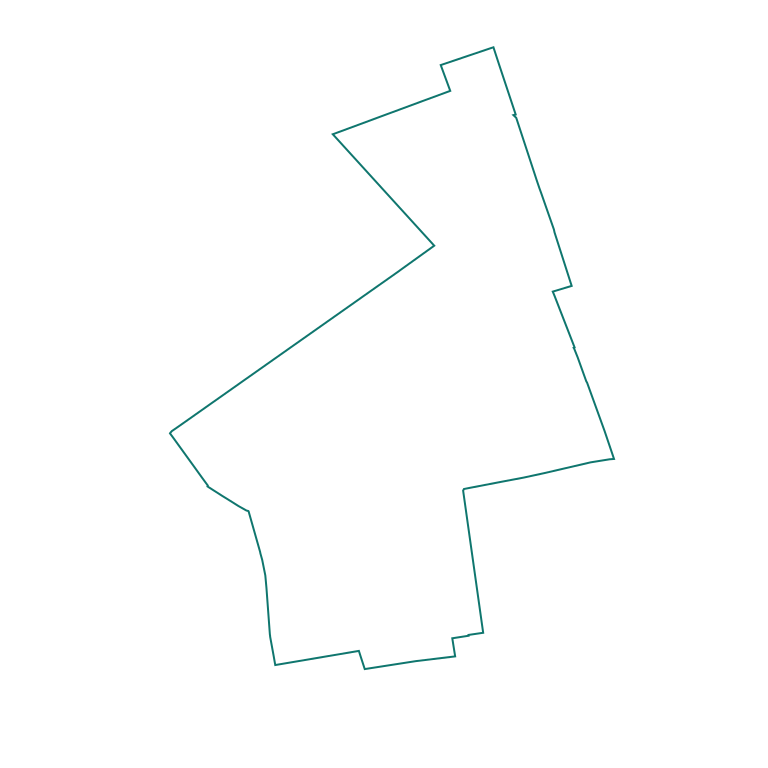 the district of Visina, Olt, Romania, rotated 160°
{"feature_id": "2599482B5784370948640", "entity_name": "Visina", "entity_type": "district", "adm_level": 2, "iso_a3": "ROU", "parent_name": "Romania", "parent_adm1": "Olt", "projection": "orthographic", "projection_center": [24.468, 43.858], "detail": "fine", "context": "isolated", "style": "outline", "palette": "teal", "viewbox_px": 768, "rotation_deg": 160, "n_neighbors": 0, "source": "geoboundaries", "source_scale": "gbopen_adm2", "svg_char_len": 1258}
<svg xmlns="http://www.w3.org/2000/svg" viewBox="0 0 768 768"><g transform="rotate(160 384 384)"><path d="M601.3,411.3L602.0,410.8L600.8,406.8L590.1,369.1L587.2,358.8L584.3,348.8L584.9,348.1L574.3,334.2L571.6,330.8L562.5,319.1L556.6,312.2L554.9,311.0L554.8,310.5L556.3,289.8L557.8,269.2L557.8,268.9L558.1,267.0L558.6,260.4L561.0,244.7L564.2,232.6L576.9,187.7L577.0,187.1L577.1,186.7L577.2,186.1L577.4,185.6L580.8,165.6L582.0,158.9L582.3,157.1L573.6,155.5L498.9,141.8L499.1,136.9L499.6,122.7L448.9,112.7L410.3,103.7L406.8,121.7L390.6,118.5L390.4,119.3L375.9,116.3L346.1,256.8L344.7,258.0L307.4,252.0L284.9,248.3L263.6,245.4L216.6,239.7L202.0,236.9L197.8,236.1L193.5,234.9L193.4,238.5L192.8,264.4L192.7,315.9L193.0,317.2L193.0,318.5L192.9,342.8L193.2,352.4L193.4,353.1L192.4,353.2L193.6,408.5L193.8,413.1L174.1,412.0L172.4,455.4L171.9,468.2L171.5,471.0L171.2,494.5L171.0,509.7L171.0,510.6L171.0,513.5L171.0,514.9L170.9,519.9L170.8,524.0L170.6,529.7L168.7,588.9L170.4,592.4L168.1,592.2L167.3,620.3L166.6,644.8L166.4,651.0L166.1,660.0L166.0,663.0L191.4,663.6L221.6,664.3L221.5,636.8L250.7,636.7L346.7,636.2L289.5,496.8L330.0,485.4L330.9,485.1L553.5,424.7L585.9,415.9L596.0,413.2L599.5,412.3L601.3,411.3Z" fill="none" stroke="#0f766e" stroke-width="2"/></g></svg>